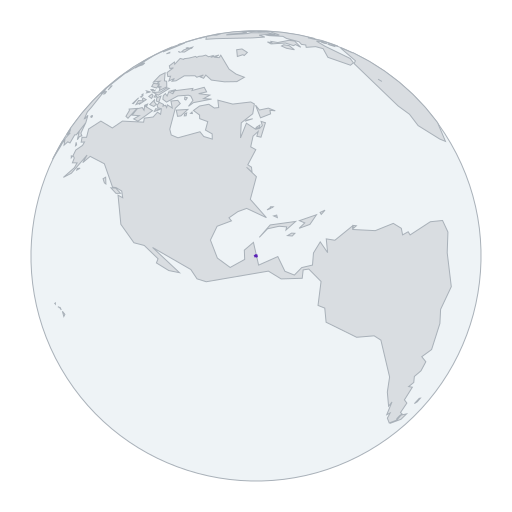 globe centered on Corozal, rotated 330°
{"feature_id": "BLZ-1325", "entity_name": "Corozal", "entity_type": "District", "adm_level": 1, "iso_a3": "BLZ", "parent_name": "Belize", "parent_adm1": "", "projection": "orthographic", "projection_center": [-88.323, 18.225], "detail": "fine", "context": "on_globe", "style": "filled", "palette": "violet", "viewbox_px": 512, "rotation_deg": 330, "n_neighbors": 0, "source": "natural_earth", "source_scale": "10m", "svg_char_len": 9023}
<svg xmlns="http://www.w3.org/2000/svg" viewBox="0 0 512 512"><g transform="rotate(330 256 256)"><circle cx="256" cy="256" r="225" fill="#eef3f6" stroke="#a8b0b8"/><path d="M295.2,293.7L289.9,291.6L284.9,298.4L266.3,288.4L259.2,275.3L200.0,253.4L193.5,246.3L192.8,235.1L170.7,196.9L181.4,232.2L173.2,225.0L166.3,212.2L169.8,209.4L164.5,191.0L156.9,183.5L154.8,161.0L166.9,134.4L169.7,138.9L172.2,132.6L169.0,126.8L166.2,124.6L170.8,100.3L162.2,86.8L152.7,88.5L160.2,84.1L137.5,92.0L128.5,91.6L142.9,88.7L147.6,85.9L143.6,83.5L147.6,80.3L147.9,77.5L153.0,74.1L161.1,73.5L164.5,71.5L161.5,70.0L164.7,66.2L168.6,68.5L174.6,62.3L189.1,61.6L195.6,73.3L207.8,72.4L225.6,83.9L228.2,80.8L236.5,84.2L242.6,82.2L244.2,85.6L247.7,81.2L245.1,78.6L245.8,75.9L249.2,74.7L251.7,78.5L250.4,79.7L252.9,80.2L252.8,82.8L254.8,80.8L257.5,86.0L259.8,79.3L266.1,82.1L266.6,86.1L260.0,87.7L244.7,103.1L243.1,108.8L247.5,114.6L269.6,120.4L270.5,126.4L276.6,132.9L279.1,128.3L275.2,121.7L281.4,115.5L275.9,108.9L277.6,105.7L274.6,98.7L282.1,97.9L291.0,101.0L293.9,107.0L297.9,108.8L300.9,102.0L311.8,112.8L328.5,120.0L330.6,123.5L324.3,131.2L309.8,133.3L301.6,146.0L314.1,136.2L319.0,146.0L322.8,147.3L326.7,146.2L327.7,142.0L330.8,145.3L319.7,155.6L316.6,152.7L320.2,149.2L313.4,150.7L306.0,158.8L309.0,163.8L294.5,172.9L296.5,176.8L294.5,181.4L292.2,174.4L296.0,187.5L279.4,204.1L284.2,228.0L271.7,210.1L262.5,208.5L251.7,209.4L252.3,213.3L237.2,210.8L224.5,219.4L221.5,238.5L227.9,253.0L244.5,253.3L248.8,245.1L260.6,242.9L253.7,265.2L274.6,267.4L273.4,283.7L279.7,291.7L289.8,288.9L300.4,292.1L307.3,282.1L318.7,275.9L319.7,288.9L325.4,276.3L332.2,281.8L354.6,278.2L353.0,281.4L372.0,293.7L391.2,296.4L395.7,304.7L393.5,311.0L399.9,311.1L400.0,314.8L424.1,313.5L435.3,318.5L434.2,331.2L423.2,348.8L409.8,380.2L389.2,394.5L381.5,406.4L361.3,424.8L349.2,426.1L350.2,432.5L341.5,437.9L332.9,439.5L329.4,444.4L322.9,445.4L325.8,447.8L312.6,454.8L313.1,458.8L302.9,463.8L303.5,465.8L300.5,466.1L296.8,467.2L295.6,468.4L287.9,467.2L288.7,462.1L293.7,459.0L289.9,458.8L300.8,450.4L295.7,452.4L301.7,439.5L311.2,427.6L322.1,391.3L318.4,384.2L302.5,376.7L283.6,348.4L289.5,335.5L285.0,329.8L299.6,310.6L295.2,293.7ZM59.3,212.3L60.7,207.1L61.3,211.0L59.3,212.3ZM60.6,203.6L60.3,205.4L60.4,203.8L60.6,203.6ZM60.0,202.2L60.5,203.2L59.8,202.5L60.0,202.2ZM59.0,200.9L59.6,201.4L59.5,201.5L59.0,200.9ZM283.8,236.2L307.6,245.9L294.9,248.5L297.1,246.1L290.9,241.8L279.6,238.2L268.2,241.5L283.8,236.2ZM58.2,197.4L58.0,196.4L58.8,196.3L58.2,197.4ZM292.7,222.2L288.6,221.6L292.5,221.2L292.7,222.2ZM164.4,124.4L168.5,127.1L170.0,133.9L166.1,131.8L164.4,124.4ZM162.2,112.6L165.2,112.6L162.0,118.6L161.3,116.8L162.2,112.6ZM145.0,90.8L147.6,92.0L143.7,92.0L145.0,90.8ZM147.1,77.8L145.1,78.6L146.1,76.9L147.1,77.8ZM270.6,99.8L272.6,99.3L272.1,100.8L270.6,99.8ZM267.5,97.4L265.6,99.6L263.9,98.8L265.1,97.4L267.5,97.4ZM154.8,70.3L157.1,67.6L156.2,70.1L154.8,70.3ZM270.3,95.0L261.0,97.1L257.9,95.8L259.9,89.8L270.3,95.0ZM159.4,66.0L164.8,60.2L160.8,61.2L175.2,55.5L165.8,62.0L165.3,64.8L162.8,64.3L159.4,66.0ZM242.8,78.3L245.8,81.0L240.2,80.0L242.8,78.3ZM239.1,78.4L221.2,80.2L218.6,76.1L225.1,76.1L219.2,72.1L226.8,69.1L231.7,70.6L231.9,73.8L234.6,70.3L239.1,78.4ZM182.3,53.7L184.8,52.4L183.7,53.6L182.3,53.7ZM245.6,74.8L242.3,75.4L239.7,71.7L246.1,70.0L244.9,71.7L245.6,74.8ZM214.0,72.7L213.2,70.0L219.1,66.7L219.6,65.3L226.7,68.7L214.0,72.7ZM247.1,71.9L249.4,69.3L253.6,70.0L248.8,74.1L247.1,71.9ZM236.4,71.6L235.5,69.9L238.1,70.2L236.4,71.6ZM269.9,71.9L265.9,72.2L264.2,70.2L269.9,71.9ZM249.9,68.3L248.4,68.1L247.3,67.5L249.7,66.1L249.9,68.3ZM230.4,66.3L233.0,65.7L227.8,64.8L232.0,62.6L236.0,65.4L236.0,63.3L237.3,62.7L239.1,65.7L230.4,66.3ZM248.7,62.9L255.2,66.2L263.0,65.9L264.7,67.5L251.8,67.9L248.7,62.9ZM242.9,64.2L246.9,63.7L247.0,65.7L244.3,67.4L242.9,64.2ZM233.5,60.3L226.0,62.8L225.4,62.2L233.5,60.3ZM250.9,62.3L249.3,61.5L251.5,62.0L250.9,62.3ZM238.8,60.3L236.2,61.2L235.6,60.5L238.8,60.3ZM248.2,59.4L250.3,60.4L248.6,61.5L248.2,59.4ZM243.9,59.5L243.7,58.2L246.7,61.2L242.8,60.0L243.9,59.5ZM238.6,59.5L237.4,59.3L239.8,59.2L238.6,59.5ZM253.6,55.2L257.8,58.7L254.0,60.9L250.4,57.1L253.6,55.2ZM299.9,469.9L288.1,467.9L295.1,468.8L302.1,466.3L307.4,468.0L299.9,469.9ZM319.4,463.0L326.2,460.9L327.3,461.3L322.8,462.9L319.4,463.0ZM415.6,97.0L410.1,93.0L414.9,97.5L420.4,101.9L421.1,102.7L421.5,103.1L428.0,110.5L423.5,105.5L415.8,100.1L420.5,108.6L436.3,132.0L437.0,137.4L433.2,138.0L417.6,119.9L417.8,110.0L412.3,104.5L403.8,100.4L404.6,98.1L401.2,95.5L400.4,92.0L391.1,82.7L389.1,79.2L377.5,71.7L374.8,69.3L382.5,74.2L386.7,76.2L380.7,69.3L377.2,66.8L370.1,62.8L369.3,61.9L363.2,58.9L355.9,54.4L359.8,57.8L351.6,54.2L342.8,50.0L340.8,49.7L355.1,56.8L360.1,59.2L363.4,60.2L377.8,68.7L381.6,72.1L369.1,66.3L373.1,70.8L361.7,65.2L330.1,47.8L321.0,43.3L322.8,41.2L329.5,43.4L332.2,45.0L337.0,46.0L333.1,44.6L332.5,44.2L324.5,41.6L323.6,41.2L317.4,39.7L315.5,38.9L319.5,39.9L306.0,36.4L301.6,35.4L317.5,39.3L333.2,44.3L348.4,50.5L363.1,57.8L377.3,66.1L390.8,75.5L403.6,85.8L415.6,97.0ZM297.1,34.5L296.1,34.3L294.2,34.0L297.1,34.5ZM288.3,33.0L286.9,32.9L280.3,32.2L278.3,31.9L280.4,32.1L280.6,32.1L288.3,33.0ZM279.1,31.9L278.8,31.9L275.5,31.7L275.2,31.5L272.7,31.4L268.5,31.1L268.3,31.2L245.5,32.3L235.0,32.6L237.3,31.8L219.2,34.5L208.7,36.1L210.3,36.0L202.7,38.2L205.8,37.6L206.0,37.8L187.9,44.9L182.0,46.9L176.0,51.3L176.8,51.5L180.8,50.1L175.2,55.5L160.8,61.2L159.7,60.4L151.4,65.1L150.1,63.0L145.2,64.0L148.5,59.9L144.3,61.6L141.6,63.3L133.8,67.5L128.0,70.6L130.7,68.8L144.8,60.2L156.8,56.5L153.0,57.0L157.5,54.8L158.3,53.9L155.3,54.8L152.7,56.1L160.0,52.2L176.1,45.4L192.7,39.8L209.6,35.5L226.8,32.6L244.2,31.0L261.7,30.8L279.1,31.9ZM479.8,230.1L479.9,231.4L477.4,251.5L473.6,246.6L461.6,224.1L459.8,210.0L454.1,197.1L437.2,138.5L439.7,136.6L433.4,118.6L433.7,118.3L441.1,128.2L441.8,128.6L451.5,144.0L459.9,160.2L467.0,177.0L472.7,194.3L477.0,212.1L479.8,230.1ZM450.1,163.9L452.3,167.8L450.1,163.9ZM355.2,277.9L358.0,280.0L354.5,280.7L355.2,277.9ZM293.5,254.1L298.3,254.0L301.0,255.8L297.4,256.8L293.5,254.1ZM333.3,250.3L338.7,250.8L333.3,252.6L333.3,250.3ZM311.3,247.1L329.0,250.5L318.5,255.6L307.2,253.6L314.8,251.7L311.3,247.1ZM291.3,230.1L294.4,230.9L293.7,233.4L291.3,230.1ZM295.6,222.0L294.4,222.3L292.7,220.4L295.6,222.0ZM319.6,145.4L320.6,144.7L324.8,144.5L323.3,146.4L319.6,145.4ZM340.6,134.1L345.3,139.9L340.9,136.8L339.7,140.2L329.0,138.6L331.0,125.1L332.0,131.3L340.6,134.1ZM315.3,133.5L321.8,135.5L314.6,133.9L315.3,133.5ZM383.1,86.9L385.6,86.9L389.9,90.4L392.4,96.6L386.2,91.3L383.1,86.9ZM388.0,86.3L375.0,79.8L372.9,76.3L376.3,79.2L376.2,77.6L381.6,82.0L392.4,85.7L396.9,89.2L399.1,97.6L395.9,92.6L393.7,92.6L388.0,86.3ZM345.3,75.1L339.6,73.9L342.4,67.7L347.4,69.7L350.3,75.4L346.0,76.5L345.3,75.1ZM275.6,84.7L273.2,85.8L272.5,84.5L273.9,82.7L275.6,84.7ZM268.2,72.2L285.1,79.3L283.3,80.7L295.5,84.0L295.3,89.2L287.5,86.7L296.5,93.6L289.3,93.5L296.0,97.9L278.5,91.9L272.4,92.6L279.2,89.7L279.5,84.8L277.8,82.9L268.4,78.3L255.5,78.0L253.7,73.7L255.9,70.8L258.7,70.1L259.0,73.0L262.6,70.2L265.1,73.9L268.2,72.2ZM282.3,47.2L281.5,49.3L289.1,47.0L291.7,49.6L292.4,49.2L296.9,51.1L303.6,53.0L303.8,54.3L306.4,54.5L309.4,56.0L312.9,56.9L314.5,59.7L319.0,61.0L317.2,61.6L324.4,63.4L319.8,63.4L323.3,65.8L325.9,64.5L326.1,80.7L329.7,88.5L335.3,95.4L326.6,95.4L315.8,89.4L305.3,81.3L303.0,74.2L299.5,75.9L297.3,73.1L301.0,72.9L294.1,71.6L293.3,69.4L283.9,64.1L274.4,64.3L270.7,62.7L274.1,61.5L268.1,60.8L271.9,57.6L269.4,56.5L270.7,52.7L278.6,51.7L275.2,50.6L276.0,48.0L282.3,47.2ZM254.2,54.1L263.1,51.5L268.9,51.9L264.3,58.5L266.0,60.0L263.3,64.9L254.9,64.4L256.5,63.0L256.1,61.5L258.8,62.2L256.3,60.6L258.3,58.7L256.9,57.0L260.2,56.6L254.2,54.1ZM430.0,113.4L429.5,112.6L427.8,110.3L431.9,115.2L430.0,113.4ZM425.1,109.8L424.0,108.1L428.9,113.2L429.4,114.4L425.1,109.8ZM419.2,103.1L423.6,107.6L421.5,105.9L419.2,103.1ZM381.1,72.7L379.4,71.1L380.9,71.8L383.7,73.8L381.1,72.7ZM305.6,43.4L304.1,44.0L302.6,43.5L296.0,43.6L293.5,42.0L296.6,41.4L305.6,43.4ZM301.8,41.7L299.3,41.8L299.6,41.0L301.8,41.7ZM291.4,41.0L291.0,40.0L292.5,41.9L291.4,41.0ZM277.4,32.8L289.4,34.1L296.4,34.9L297.7,34.8L300.9,35.9L290.1,34.6L277.4,32.8ZM249.6,32.2L248.5,32.9L245.6,32.8L245.4,32.6L249.6,32.2ZM251.3,32.5L256.3,33.2L253.5,33.8L250.1,33.1L251.3,32.5ZM279.5,36.1L283.2,36.5L282.9,37.0L279.5,36.1ZM183.1,52.4L184.6,52.4L182.1,53.2L183.1,52.4ZM207.9,37.5L207.8,38.0L204.8,38.6L207.9,37.5ZM205.6,39.7L209.1,38.7L206.3,39.9L205.6,39.7ZM216.8,36.5L210.9,38.3L215.3,36.5L216.8,36.5Z" fill="#d9dde1" stroke="#a8b0b8" stroke-width="1"/><path d="M255.7,255.0L255.8,255.0L256.0,255.0L255.8,255.4L255.7,255.4L255.8,255.5L256.0,255.4L256.0,255.5L255.9,255.6L256.0,255.6L256.3,255.5L256.5,255.5L256.8,255.4L256.9,255.5L256.7,255.6L256.8,255.6L256.9,256.1L256.9,256.4L256.9,256.5L256.6,257.0L256.1,257.0L255.6,256.5L255.4,256.2L255.2,256.0L254.9,255.9L255.0,255.7L255.2,255.4L255.2,255.1L255.3,255.1L255.5,255.0L255.7,255.0Z" fill="#8b5cf6" stroke="#5b21b6" stroke-width="1.5"/></g></svg>